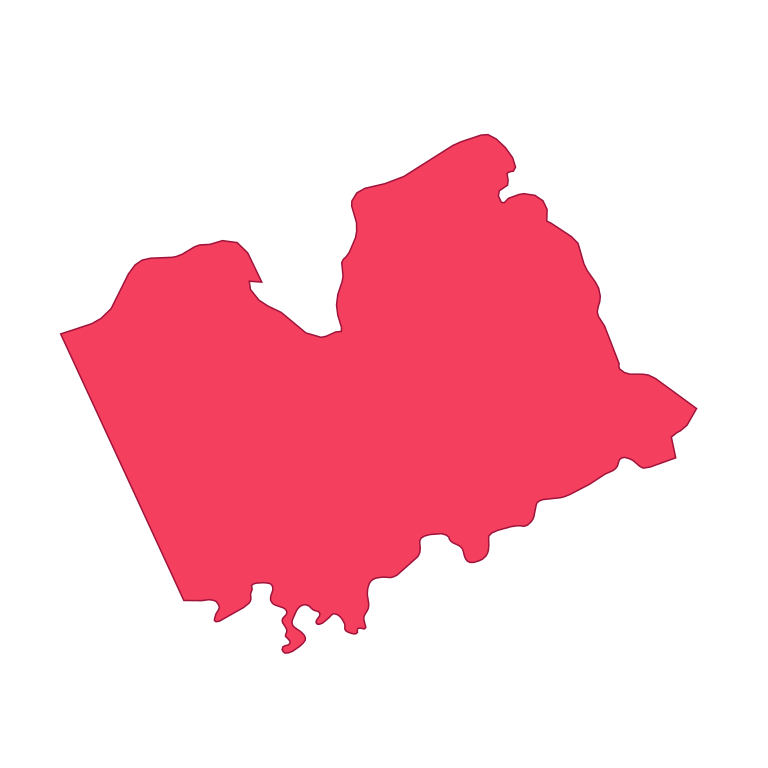 an SVG outline of Gabú, rotated 245°
{"feature_id": "GNB-777", "entity_name": "Gabú", "entity_type": "Region", "adm_level": 1, "iso_a3": "GNB", "parent_name": "Guinea-Bissau", "parent_adm1": "", "projection": "albers", "projection_center": [-14.296, 12.118], "detail": "fine", "context": "isolated", "style": "filled", "palette": "rose", "viewbox_px": 768, "rotation_deg": 245, "n_neighbors": 0, "source": "natural_earth", "source_scale": "10m", "svg_char_len": 3891}
<svg xmlns="http://www.w3.org/2000/svg" viewBox="0 0 768 768"><g transform="rotate(245 384 384)"><path d="M582.1,298.4L574.2,310.7L560.4,315.9L528.0,316.3L534.1,305.3L526.0,302.9L512.9,306.1L503.9,311.6L492.3,321.1L463.3,334.8L452.9,346.7L451.7,351.8L451.6,362.2L449.7,367.6L453.3,369.4L465.9,371.2L475.6,374.3L484.7,380.0L494.1,389.0L498.9,392.4L511.9,397.0L514.2,399.9L515.4,403.6L518.1,408.3L528.6,420.0L534.2,423.9L542.0,427.3L558.9,429.9L563.4,432.2L568.7,440.2L569.4,449.5L565.2,469.3L563.7,489.6L571.1,547.2L571.0,556.0L568.6,577.1L566.1,583.6L558.6,589.3L547.0,593.9L534.7,596.2L525.0,594.9L522.2,591.3L523.2,587.6L522.9,584.5L516.0,582.5L512.0,580.0L510.4,570.2L506.2,567.2L499.0,567.1L497.5,569.7L499.7,575.3L498.7,586.5L497.4,591.2L491.2,600.5L482.9,605.5L473.3,605.6L462.9,600.4L459.1,603.4L438.5,616.1L429.5,619.3L408.6,616.0L401.0,616.1L386.6,618.7L380.0,619.0L372.1,617.1L367.5,614.4L363.4,610.7L359.2,607.7L354.4,606.9L343.3,608.4L303.2,605.7L300.5,604.2L298.0,603.9L292.8,606.7L289.1,610.9L283.5,622.7L280.3,627.5L274.2,632.4L229.6,656.9L229.5,656.7L218.6,641.2L216.3,632.7L216.2,629.2L214.5,622.0L193.8,617.2L196.3,589.9L198.2,583.4L199.8,582.1L201.7,580.8L209.5,577.3L212.2,575.2L215.8,571.2L216.5,568.3L216.1,565.8L214.5,564.0L211.0,560.9L209.6,558.4L208.8,555.1L208.9,545.9L206.3,528.0L205.3,505.7L205.6,500.0L206.4,495.8L212.1,479.2L212.4,475.3L211.6,472.4L210.0,470.8L200.2,463.6L198.4,461.6L197.0,459.2L195.5,454.5L195.7,451.5L196.6,449.4L197.6,448.3L199.2,444.8L201.0,438.9L203.3,425.3L203.4,418.8L202.1,415.0L200.3,413.8L193.1,410.6L189.1,408.3L187.1,406.5L185.2,404.0L183.6,399.2L183.6,395.0L184.5,389.5L186.0,386.5L188.2,384.7L190.7,384.1L193.4,384.1L199.4,385.2L201.7,385.3L203.9,384.7L205.9,383.6L211.2,379.2L213.2,378.2L215.6,377.7L218.0,378.0L220.9,376.5L224.1,372.7L228.1,362.1L229.1,356.4L228.6,352.4L227.1,350.5L225.1,349.3L220.2,347.6L218.0,346.4L216.0,345.1L214.6,343.5L213.6,342.1L212.9,340.6L205.3,315.1L205.2,311.2L205.8,308.1L208.5,303.3L209.9,300.2L211.5,294.5L211.5,291.1L210.7,288.3L209.3,286.3L205.8,283.0L201.7,280.6L199.7,279.7L191.6,277.4L189.3,276.3L187.3,274.9L185.7,273.1L183.0,269.0L181.3,267.3L179.2,266.2L171.2,264.7L170.5,263.6L170.4,262.5L170.8,261.8L171.7,260.9L172.8,259.3L173.6,257.1L172.3,255.8L170.2,255.0L169.5,253.4L170.0,251.5L171.4,249.5L173.0,247.8L174.7,246.2L176.5,245.1L178.4,244.9L182.1,246.7L184.6,247.0L187.4,246.8L190.3,246.3L192.9,245.3L195.1,243.9L196.9,241.6L197.1,240.1L196.7,238.3L195.6,235.9L193.3,227.5L193.5,224.1L194.5,222.1L196.3,221.6L197.5,222.1L198.7,223.4L200.9,227.4L202.6,228.7L204.4,228.8L206.2,227.7L207.5,225.9L209.2,224.4L211.7,223.2L214.2,222.4L217.1,219.8L218.0,216.9L217.9,213.9L217.0,211.4L215.8,209.2L209.5,201.9L207.7,200.4L205.7,199.5L203.5,199.3L201.3,200.0L194.7,203.9L192.4,204.8L190.0,205.5L187.3,205.5L185.2,204.4L183.4,201.4L181.9,196.9L180.4,188.2L180.7,183.8L181.9,180.6L183.9,179.5L186.3,179.4L188.5,181.3L188.6,183.8L188.0,186.9L188.6,189.1L190.4,190.0L192.8,189.6L196.7,188.1L197.7,188.4L199.0,189.5L200.4,191.1L202.5,192.0L205.2,192.0L210.5,191.2L212.8,191.8L214.5,193.3L216.1,197.5L216.9,198.6L218.4,199.6L220.3,199.7L222.3,199.1L223.8,198.0L229.3,192.3L231.1,190.8L233.4,190.0L236.1,189.9L238.3,190.9L240.3,192.3L243.5,195.5L245.0,196.5L245.9,197.0L248.1,197.4L249.5,197.2L250.3,196.9L251.3,196.3L253.0,194.0L254.9,190.7L257.5,184.1L258.0,180.6L257.0,178.5L255.3,178.3L253.4,177.6L250.3,174.4L245.5,172.6L243.7,171.1L242.4,169.0L240.8,162.5L238.6,134.7L239.5,131.3L241.3,130.3L243.1,131.4L246.6,134.5L249.3,138.6L250.9,140.2L253.1,140.7L255.7,140.5L258.3,139.7L260.5,137.4L262.6,134.0L264.7,127.2L272.4,111.1L396.7,111.6L566.0,112.1L562.2,144.3L563.0,155.2L567.6,168.5L591.7,198.8L597.1,208.7L598.5,217.1L596.7,225.5L588.3,245.7L587.3,249.7L586.9,256.0L588.4,270.1L587.9,275.8L584.1,285.3L582.2,298.2L582.1,298.4Z" fill="#f43f5e" stroke="#9f1239" stroke-width="1.5"/></g></svg>